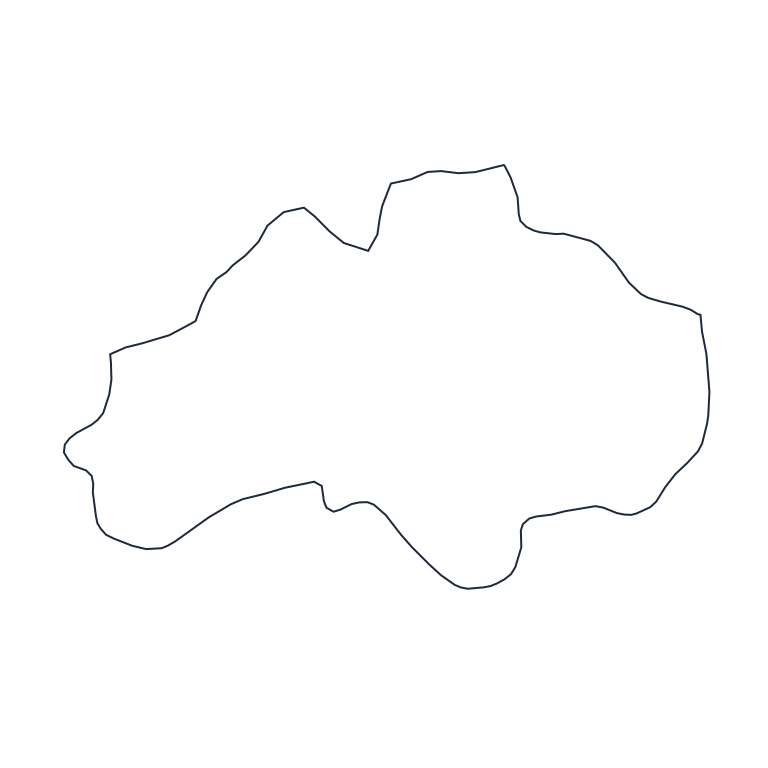 outline of Taehung, P'yŏngan-namdo, North Korea, rotated 86°
{"feature_id": "82179303B83506580076946", "entity_name": "Taehung", "entity_type": "district", "adm_level": 2, "iso_a3": "PRK", "parent_name": "North Korea", "parent_adm1": "P'yŏngan-namdo", "projection": "equal_earth", "projection_center": [126.981, 40.081], "detail": "fine", "context": "isolated", "style": "outline", "palette": "slate", "viewbox_px": 768, "rotation_deg": 86, "n_neighbors": 0, "source": "geoboundaries", "source_scale": "gbopen_adm2", "svg_char_len": 1820}
<svg xmlns="http://www.w3.org/2000/svg" viewBox="0 0 768 768"><g transform="rotate(86 384 384)"><path d="M530.6,380.9L535.9,377.3L548.7,367.5L566.9,351.7L578.7,340.5L589.3,327.5L592.3,321.5L594.1,314.9L593.8,298.7L593.0,291.7L590.9,285.4L587.4,277.7L585.9,275.5L582.6,270.6L575.7,265.7L556.4,258.4L539.6,257.7L533.5,255.2L528.4,248.6L526.8,241.5L526.0,226.1L523.5,212.1L520.6,181.6L522.5,174.2L529.1,160.5L531.0,153.5L531.8,146.5L530.7,140.9L525.4,126.9L520.3,120.6L506.7,110.8L494.1,99.5L484.2,87.3L473.0,75.4L465.5,70.8L446.1,64.5L438.6,62.8L414.6,59.9L376.4,60.3L354.0,63.1L337.0,63.5L336.1,66.3L331.3,72.9L327.6,81.0L321.4,101.3L316.6,114.3L312.3,121.3L300.1,132.5L279.2,145.1L260.6,160.9L255.7,167.9L246.6,194.2L246.4,202.3L243.7,217.3L241.3,224.0L237.2,231.0L230.8,236.6L223.9,237.7L207.1,237.7L186.8,243.3L184.9,244.1L175.3,248.2L173.9,249.2L179.0,278.1L178.9,295.1L175.6,312.1L175.5,325.7L181.6,342.7L184.5,363.1L206.4,373.4L218.9,376.8L234.5,380.2L250.1,390.5L240.5,414.3L227.8,427.8L212.0,441.4L202.5,451.6L205.5,472.0L217.8,489.1L233.4,499.3L245.9,513.0L255.1,526.6L261.4,533.4L267.5,543.7L280.0,553.9L292.5,560.8L308.1,567.6L314.3,581.2L320.4,594.9L323.4,608.5L326.5,622.1L329.5,639.2L332.0,646.1L335.2,655.1L343.9,654.9L360.5,655.6L375.3,658.8L393.5,666.2L399.9,672.2L404.2,678.5L411.4,694.3L416.2,701.4L422.1,706.6L429.9,708.1L437.6,704.2L444.1,699.2L449.4,687.3L455.3,682.0L463.3,681.0L471.9,682.0L495.5,680.6L503.0,679.6L504.8,678.6L508.6,676.7L515.0,671.8L519.3,664.4L523.8,654.9L527.8,646.5L532.1,632.8L532.3,617.3L530.2,611.0L526.4,603.2L504.8,568.1L493.3,545.2L489.0,532.9L485.2,510.8L480.6,490.1L476.6,460.6L481.4,453.2L496.9,452.1L503.4,450.0L507.9,443.3L506.3,436.3L501.5,424.7L500.4,417.0L500.7,408.9L503.6,402.6L514.8,391.4L530.6,380.9Z" fill="none" stroke="#1e293b" stroke-width="2"/></g></svg>